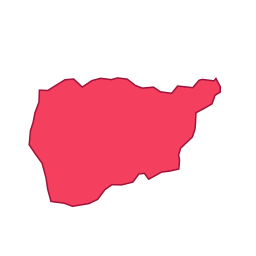 Vikla, Limassol, Cyprus (Natural Earth projection), rotated 345°
{"feature_id": "46923920B11436010239704", "entity_name": "Vikla", "entity_type": "district", "adm_level": 2, "iso_a3": "CYP", "parent_name": "Cyprus", "parent_adm1": "Limassol", "projection": "natural_earth1", "projection_center": [33.205, 34.827], "detail": "fine", "context": "isolated", "style": "filled", "palette": "rose", "viewbox_px": 256, "rotation_deg": 345, "n_neighbors": 0, "source": "geoboundaries", "source_scale": "gbopen_adm2", "svg_char_len": 851}
<svg xmlns="http://www.w3.org/2000/svg" viewBox="0 0 256 256"><g transform="rotate(345 128 128)"><path d="M52.2,68.5L48.7,80.0L42.1,89.2L37.7,98.2L33.1,105.3L28.2,118.6L31.8,129.1L35.9,139.8L35.9,155.1L34.6,166.3L34.6,179.0L37.6,180.3L46.7,184.0L54.2,189.3L70.7,190.9L80.2,189.1L89.8,181.5L97.8,178.6L107.2,181.3L118.7,181.5L126.6,175.2L132.1,176.1L134.7,182.8L149.0,179.3L157.1,180.4L159.5,180.5L166.4,180.8L169.5,172.3L169.9,167.2L173.6,161.1L187.9,153.3L192.3,146.6L194.5,140.7L197.6,130.9L208.0,128.4L215.4,126.4L220.5,119.0L226.4,117.2L227.8,112.1L225.8,102.9L223.2,104.7L212.3,100.3L209.0,100.3L201.0,105.8L186.8,100.3L179.2,105.8L168.6,101.4L163.2,95.1L152.2,93.2L146.1,88.8L139.9,80.6L130.8,76.9L124.2,76.9L114.4,72.9L105.3,72.9L94.4,76.6L88.2,66.6L79.5,65.1L60.2,71.0L52.2,68.5Z" fill="#f43f5e" stroke="#9f1239" stroke-width="1.5"/></g></svg>